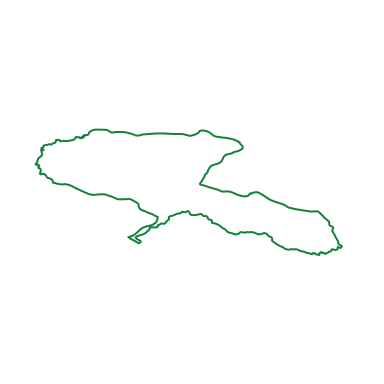 La Pintada, Antioquia, Colombia, rotated 284°
{"feature_id": "7082276B54917779252174", "entity_name": "La Pintada", "entity_type": "district", "adm_level": 2, "iso_a3": "COL", "parent_name": "Colombia", "parent_adm1": "Antioquia", "projection": "equal_earth", "projection_center": [-75.609, 5.74], "detail": "fine", "context": "isolated", "style": "outline", "palette": "green", "viewbox_px": 384, "rotation_deg": 284, "n_neighbors": 0, "source": "geoboundaries", "source_scale": "gbopen_adm2", "svg_char_len": 6017}
<svg xmlns="http://www.w3.org/2000/svg" viewBox="0 0 384 384"><g transform="rotate(284 192 192)"><path d="M167.5,54.8L167.6,55.9L167.4,59.7L167.6,62.0L168.0,64.6L168.8,66.3L169.0,67.7L169.1,70.5L168.7,74.0L168.4,75.0L167.2,80.3L165.7,88.3L165.1,92.2L165.0,94.2L165.5,97.6L167.6,103.6L168.2,105.8L168.6,108.4L168.0,115.8L167.0,121.4L167.4,123.6L168.9,129.2L169.2,130.3L170.0,132.3L170.1,133.3L170.1,134.4L168.9,139.0L168.0,141.8L167.5,142.7L167.1,143.2L165.5,143.4L164.5,144.0L163.7,144.8L162.8,146.2L162.1,149.3L161.9,151.5L161.2,154.6L160.9,158.8L160.0,161.8L159.5,164.7L157.9,165.1L155.2,164.9L153.3,164.0L151.2,162.3L149.9,160.7L148.4,157.5L146.4,154.2L144.9,152.4L142.9,150.7L140.3,149.1L137.4,147.1L135.2,145.1L132.9,141.5L132.0,143.0L129.4,152.9L130.9,154.3L131.8,154.1L132.1,153.6L133.1,149.8L133.4,149.1L134.1,148.4L134.5,148.4L135.7,149.4L137.2,151.6L138.6,154.2L139.8,155.6L141.5,157.3L143.5,158.3L144.5,159.4L144.9,159.6L145.4,159.7L146.7,159.5L147.2,159.7L148.1,162.0L148.7,164.7L149.0,165.7L149.5,166.7L149.7,166.9L150.0,167.0L151.3,166.9L151.6,167.0L152.4,168.5L153.1,168.9L153.7,169.4L153.9,169.8L154.5,172.7L154.7,173.1L155.2,173.6L158.0,174.8L159.7,176.2L160.1,176.3L161.6,175.7L162.1,175.7L162.6,176.0L163.1,176.5L164.9,179.8L167.5,183.1L167.8,183.9L168.4,185.7L169.0,186.2L170.5,187.3L170.6,187.6L170.3,188.3L170.3,188.8L170.6,190.0L170.9,190.6L172.4,192.2L172.5,192.8L172.2,193.5L171.1,194.9L170.0,195.7L169.7,196.2L169.6,196.9L169.9,198.9L170.6,201.3L172.1,204.4L172.8,205.5L172.8,206.4L172.6,206.9L171.4,209.1L171.4,209.6L171.9,210.6L172.1,211.7L171.4,213.1L170.1,214.0L169.7,214.4L169.5,215.1L169.5,217.2L169.4,217.8L169.1,218.2L168.8,218.4L167.7,218.4L167.0,219.0L167.0,219.5L167.0,222.7L166.8,224.0L166.1,227.0L165.8,227.8L164.5,230.1L163.8,233.1L161.9,236.2L161.7,236.9L161.5,237.7L161.7,240.2L161.4,242.4L161.4,244.5L161.7,245.5L162.5,247.0L162.9,247.5L164.4,248.4L165.0,249.4L165.1,249.9L165.1,252.0L165.2,252.6L166.5,255.3L166.7,257.3L167.3,258.6L167.6,259.8L167.7,262.3L167.2,264.4L167.1,266.3L167.3,267.4L167.5,268.5L168.0,269.4L168.7,270.6L169.4,271.4L169.7,272.4L169.7,273.3L169.4,274.7L168.9,275.5L168.4,276.0L167.7,277.2L167.4,279.6L166.9,280.6L166.1,281.1L164.1,281.5L163.4,283.0L162.3,285.6L161.2,289.1L160.7,290.8L160.6,293.5L159.5,295.5L159.3,296.4L159.3,298.2L159.4,299.7L159.7,300.5L160.6,302.2L160.9,304.5L161.6,306.6L161.7,307.3L161.7,308.1L161.3,309.6L161.0,311.0L161.0,312.8L161.1,314.4L161.1,316.0L160.7,317.5L160.6,318.1L160.9,319.5L160.7,322.7L160.8,323.6L161.6,323.7L162.0,324.1L162.2,325.9L162.2,326.2L161.6,326.9L161.5,327.4L161.5,327.8L161.7,328.6L161.6,330.1L161.7,330.7L162.0,330.9L163.4,330.4L163.9,331.1L164.7,331.5L164.9,331.8L165.0,332.5L164.3,333.5L164.3,333.9L164.7,334.8L164.6,335.5L164.8,336.1L164.7,336.5L164.4,336.5L164.5,336.9L165.8,338.2L166.1,338.7L167.0,339.1L167.6,340.4L168.6,341.3L169.0,341.4L170.0,341.4L170.2,341.6L170.4,342.5L170.4,344.9L170.5,345.5L170.8,346.0L171.2,346.6L171.9,347.0L173.8,346.8L174.0,347.1L173.6,347.8L173.5,348.3L173.9,350.0L174.9,350.5L175.4,350.5L175.9,350.2L176.2,349.6L176.5,347.7L176.9,346.9L177.2,346.5L179.0,345.9L179.7,345.5L182.9,342.3L185.5,340.2L187.9,337.7L188.9,337.4L191.4,337.7L191.6,337.5L192.1,337.0L192.4,336.3L192.7,334.3L192.8,333.9L193.7,333.0L196.2,332.3L196.8,331.5L199.4,325.9L200.8,324.6L201.0,323.8L203.0,320.4L203.5,319.2L203.5,317.8L202.9,315.9L201.7,311.5L200.4,296.8L200.3,289.7L200.5,288.2L201.5,286.2L202.2,281.9L202.6,275.5L203.1,271.0L203.7,268.3L205.9,262.4L207.5,256.8L207.4,254.4L206.6,252.4L205.2,250.2L204.7,249.7L204.9,249.3L201.6,247.0L200.4,244.0L200.2,242.2L200.2,237.3L201.0,233.1L201.4,230.2L201.4,227.5L201.2,226.2L200.0,222.6L199.7,221.0L200.5,216.0L200.6,211.1L200.9,205.7L201.2,203.6L201.2,198.2L201.9,197.8L202.5,197.8L205.1,199.0L208.2,199.7L209.7,200.3L211.5,200.4L212.4,200.8L214.4,202.2L216.5,202.3L218.8,202.8L221.7,204.0L223.0,205.4L225.9,210.4L227.7,212.4L228.8,213.2L233.9,214.3L235.3,215.0L236.0,215.6L237.3,217.5L238.1,219.4L239.7,222.1L240.8,222.8L243.0,227.1L245.8,230.2L246.9,230.5L248.4,230.1L249.0,229.5L250.1,227.7L250.8,226.7L251.4,226.1L251.7,226.1L252.3,224.0L252.9,220.8L253.1,218.1L252.9,214.4L252.5,210.3L251.6,203.3L251.6,201.3L251.8,199.6L254.1,194.5L254.6,190.9L254.5,188.8L254.2,187.4L253.8,185.9L253.2,185.0L252.3,184.4L250.9,183.8L249.6,182.5L247.8,180.1L246.4,177.3L245.9,175.9L246.0,171.3L245.9,168.6L245.2,165.5L244.1,161.5L242.0,150.4L240.0,142.6L237.9,136.3L235.9,130.3L234.1,127.2L233.6,125.5L233.3,124.3L233.3,123.4L233.9,119.6L233.8,116.4L233.9,115.3L233.9,113.5L233.5,110.5L233.2,109.7L232.0,104.2L231.7,103.3L230.6,100.9L230.4,100.1L230.4,98.7L230.7,97.5L231.4,95.9L231.5,95.1L231.5,93.4L230.1,87.0L229.1,83.1L228.5,81.8L227.8,80.5L226.4,78.9L225.5,78.1L224.6,77.7L222.8,77.6L222.1,76.8L221.7,76.0L221.3,74.0L220.5,73.0L220.1,73.1L219.7,73.9L219.2,73.6L218.8,72.1L218.5,72.1L218.5,72.3L218.5,73.1L218.2,73.0L218.1,72.5L217.8,72.3L217.9,71.4L217.8,71.0L217.4,70.8L217.2,70.6L217.3,70.0L217.7,69.7L217.8,69.5L217.3,66.3L216.9,65.8L216.1,65.8L215.0,65.4L214.2,64.7L213.5,63.6L211.2,58.6L210.7,56.3L210.7,55.0L209.8,53.5L209.6,52.9L209.5,52.2L209.7,51.7L210.3,51.0L210.3,50.7L210.2,50.2L209.9,48.2L209.7,47.6L209.4,47.4L208.4,47.8L207.0,47.3L206.3,46.8L205.9,45.9L205.3,45.0L204.1,44.2L204.0,43.8L203.9,42.1L202.4,39.7L201.8,37.9L201.3,37.0L200.9,36.7L199.3,36.9L198.3,35.5L197.6,35.3L197.2,35.8L197.1,37.2L196.9,37.8L196.7,37.8L196.4,36.2L196.2,35.8L196.0,35.6L195.7,35.6L194.8,36.3L193.7,36.7L192.6,37.4L191.4,37.5L189.7,36.5L188.0,35.1L187.5,34.8L184.7,34.4L183.2,34.8L182.5,34.5L181.9,33.7L181.5,33.5L181.2,33.5L180.9,34.0L180.7,34.6L180.7,35.7L181.0,36.7L181.0,37.0L180.7,37.4L180.1,37.4L179.4,37.0L178.7,37.0L178.2,37.4L178.0,37.8L178.1,38.6L178.0,38.9L177.4,39.6L175.8,40.2L173.3,40.0L172.6,40.4L172.5,41.2L172.7,41.5L173.5,42.2L173.6,44.3L173.4,45.3L172.9,46.2L171.3,47.5L171.0,47.9L170.8,49.1L170.9,50.5L170.7,51.3L170.2,52.8L169.9,53.4L169.5,53.9L169.1,54.1L167.5,54.8Z" fill="none" stroke="#15803d" stroke-width="2"/></g></svg>